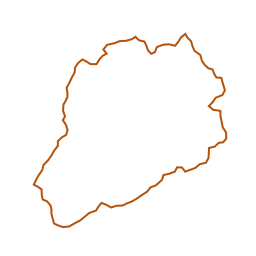 outline of Catas Altas da Noruega, Minas Gerais, Brazil, rotated 262°
{"feature_id": "56859067B98626819297692", "entity_name": "Catas Altas da Noruega", "entity_type": "district", "adm_level": 2, "iso_a3": "BRA", "parent_name": "Brazil", "parent_adm1": "Minas Gerais", "projection": "albers", "projection_center": [-43.499, -20.667], "detail": "fine", "context": "isolated", "style": "outline", "palette": "amber", "viewbox_px": 256, "rotation_deg": 262, "n_neighbors": 0, "source": "geoboundaries", "source_scale": "gbopen_adm2", "svg_char_len": 1611}
<svg xmlns="http://www.w3.org/2000/svg" viewBox="0 0 256 256"><g transform="rotate(262 128 128)"><path d="M185.8,79.4L180.8,76.1L176.3,72.8L171.0,72.9L167.1,72.3L163.4,69.9L160.3,67.4L154.3,66.1L148.2,67.2L144.8,64.6L139.8,67.0L134.5,67.9L129.9,65.9L127.6,60.6L124.8,56.8L120.0,56.0L115.4,51.3L111.5,48.4L107.1,44.3L103.2,39.2L98.3,37.2L93.7,33.0L89.6,29.9L85.0,26.8L82.3,30.6L79.2,33.9L73.9,33.3L69.1,33.6L66.5,37.8L61.9,40.5L57.8,40.9L54.0,40.2L48.2,40.9L43.7,41.5L41.0,45.6L38.9,50.0L38.7,56.0L40.8,61.3L43.1,67.7L46.3,73.0L49.3,77.9L50.7,84.9L54.1,87.6L57.5,91.3L54.6,96.4L51.6,100.2L52.6,105.7L52.0,112.0L53.6,116.7L54.5,121.0L56.5,126.1L59.6,132.2L62.3,138.1L66.1,142.1L67.3,147.7L69.6,151.0L72.0,154.5L76.4,156.5L77.0,162.7L78.3,168.4L82.2,171.1L81.4,175.9L76.8,178.6L77.9,183.5L79.1,189.2L82.1,193.8L82.8,200.4L87.0,203.5L91.3,204.4L97.0,205.5L97.5,211.3L100.7,215.8L100.6,220.2L103.9,223.9L109.9,224.5L115.6,221.9L120.5,221.7L126.4,221.2L132.1,221.9L134.1,215.0L138.4,211.1L141.9,215.5L145.8,219.2L147.5,226.1L151.9,229.2L159.3,228.1L164.7,227.4L165.7,222.6L170.0,220.8L174.2,219.9L176.0,215.9L179.3,213.0L184.1,210.6L190.3,209.7L195.0,204.7L199.6,203.3L205.2,202.5L209.5,199.3L213.2,197.9L210.3,193.1L206.5,189.9L202.9,186.2L205.1,180.4L205.6,174.4L204.1,167.8L199.5,165.3L198.2,161.5L201.8,158.7L206.8,157.7L211.3,156.3L213.4,151.0L217.3,148.1L215.5,144.4L214.6,138.0L215.2,132.0L213.9,126.5L213.2,118.8L209.1,114.5L204.5,117.2L203.3,113.4L200.4,109.7L195.6,105.7L196.5,99.7L199.4,96.4L202.2,92.4L199.4,87.8L195.6,84.2L190.3,82.8L185.8,79.4Z" fill="none" stroke="#b45309" stroke-width="2"/></g></svg>